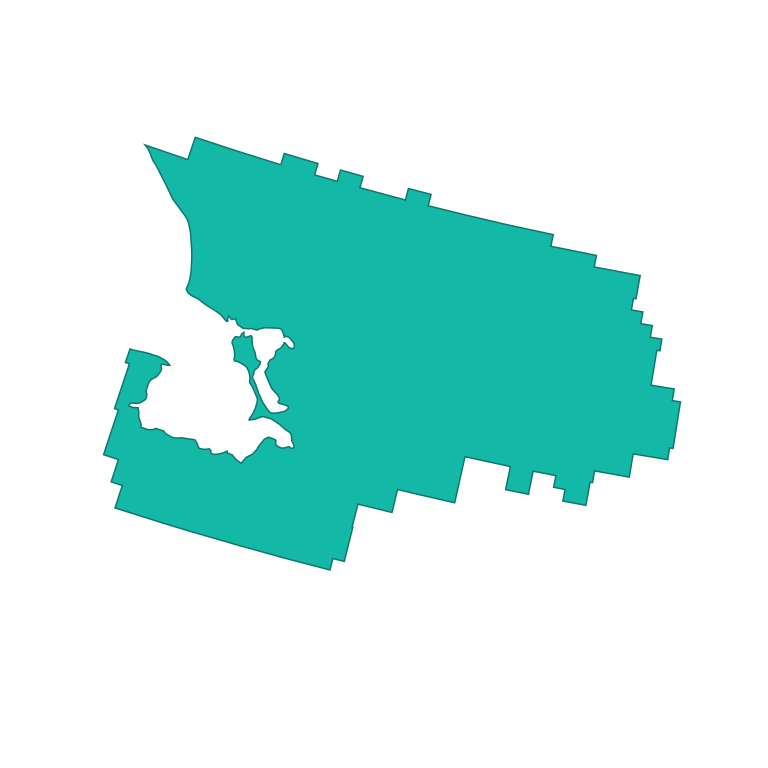 the district of Northwest Arctic, Alaska, United States of America, rotated 16°
{"feature_id": "52423323B69219161179389", "entity_name": "Northwest Arctic", "entity_type": "district", "adm_level": 2, "iso_a3": "USA", "parent_name": "United States of America", "parent_adm1": "Alaska", "projection": "albers", "projection_center": [-161.672, 66.866], "detail": "fine", "context": "isolated", "style": "filled", "palette": "teal", "viewbox_px": 768, "rotation_deg": 16, "n_neighbors": 0, "source": "geoboundaries", "source_scale": "gbopen_adm2", "svg_char_len": 4666}
<svg xmlns="http://www.w3.org/2000/svg" viewBox="0 0 768 768"><g transform="rotate(16 384 384)"><path d="M394.7,565.5L393.5,530.2L392.8,530.2L392.1,506.6L427.1,505.3L426.1,481.7L447.9,480.7L484.7,478.7L481.9,431.6L528.2,428.5L530.0,452.0L553.3,450.2L553.0,447.2L551.4,426.7L574.5,424.7L575.5,436.5L587.1,435.5L588.2,447.2L611.5,445.0L609.2,421.5L611.6,421.3L610.4,409.5L645.4,405.9L642.8,382.5L677.6,378.5L676.1,366.8L679.6,366.3L673.9,319.5L665.7,320.5L664.3,308.8L641.0,311.5L637.0,276.4L640.1,276.0L638.7,264.3L627.1,265.6L625.8,253.9L614.2,255.2L613.0,243.4L601.4,244.6L600.2,232.9L602.8,232.6L600.8,213.9L600.4,209.2L553.8,213.6L552.8,201.9L506.4,205.6L505.5,193.8L473.5,196.0L453.9,197.2L414.7,199.1L377.4,200.5L377.0,188.8L353.6,189.4L353.9,201.2L306.8,202.0L306.7,190.2L283.2,190.3L283.2,202.1L259.7,202.1L259.8,190.3L224.6,189.9L224.4,201.7L179.3,200.6L134.6,198.9L133.5,222.4L88.4,220.1L92.0,222.7L96.2,227.3L97.9,230.0L100.8,233.4L104.3,236.4L111.6,244.1L117.9,250.8L129.9,264.4L146.1,276.9L149.4,280.0L151.1,282.1L152.5,284.4L156.1,291.4L162.1,307.9L163.3,311.7L164.8,317.0L167.7,329.8L168.4,336.2L168.5,339.6L168.4,342.5L167.8,346.1L167.8,347.5L170.0,349.9L171.9,351.2L175.8,352.4L180.9,353.2L183.7,354.1L185.9,355.2L191.2,357.1L201.8,360.1L208.2,362.5L215.2,367.2L216.4,366.7L216.6,366.1L215.7,364.7L215.9,361.2L218.8,363.5L219.9,364.0L223.2,362.2L225.2,365.0L226.9,367.2L233.3,369.4L235.1,368.9L238.4,368.4L240.8,367.2L247.3,367.2L247.5,367.1L247.6,366.5L248.8,365.5L253.5,362.9L265.7,359.8L268.0,359.4L268.7,359.5L270.1,359.7L270.7,360.1L272.8,362.4L275.3,366.4L276.1,365.1L280.1,365.4L285.0,368.6L286.3,370.0L287.4,371.9L287.4,373.9L287.2,375.1L283.1,375.4L277.3,371.7L276.7,371.8L276.6,372.0L276.7,372.6L276.4,374.0L274.9,377.9L272.2,380.6L270.9,382.6L271.6,385.6L271.4,387.4L270.8,389.3L269.3,391.3L268.1,391.9L267.3,394.2L267.0,396.8L268.1,399.0L266.2,405.1L267.0,406.7L276.3,418.2L277.8,419.6L281.4,421.9L284.5,423.5L287.3,426.3L287.7,428.6L287.5,429.4L287.0,429.9L287.1,430.4L287.7,431.1L288.4,431.5L289.3,431.6L292.3,431.4L298.0,431.7L298.7,433.8L296.2,437.5L290.3,440.8L285.9,442.5L282.8,443.0L280.0,441.4L272.4,435.0L265.9,427.2L262.2,422.0L261.4,420.6L258.0,416.6L256.0,414.7L255.8,414.0L255.6,412.2L256.2,410.1L255.4,408.3L255.8,406.8L256.1,406.0L256.6,405.1L257.6,404.1L258.2,402.6L259.2,399.3L259.1,396.5L257.2,396.3L255.9,396.0L254.7,395.3L253.6,393.9L251.5,389.4L247.7,384.6L245.4,379.4L245.0,377.9L244.5,375.7L242.8,374.1L241.5,375.2L238.1,377.4L236.2,376.5L235.1,372.9L233.3,375.3L233.1,378.0L231.4,379.1L228.8,379.2L227.8,380.0L227.1,381.7L226.6,383.3L226.4,385.3L226.5,385.9L226.7,386.5L227.0,387.1L228.1,388.3L229.2,390.0L230.7,392.8L232.3,396.5L232.9,399.1L232.9,400.3L232.9,401.3L233.9,403.0L237.1,402.8L241.0,403.5L245.4,404.8L247.5,405.9L250.3,408.9L252.2,412.1L253.1,413.9L253.6,415.5L254.0,417.8L254.4,419.6L254.8,420.1L258.1,422.8L266.4,433.0L267.0,436.2L267.0,442.7L266.5,446.3L266.1,448.4L264.1,455.1L264.3,455.8L269.5,453.5L276.2,448.7L285.4,448.6L294.4,451.5L302.1,455.1L305.2,456.0L307.1,456.8L308.3,457.8L309.3,459.6L309.9,460.7L310.9,463.9L314.4,467.8L314.5,468.2L314.8,469.8L314.8,470.2L314.6,470.6L314.3,470.7L312.3,471.3L311.4,471.1L310.6,470.5L309.5,470.6L306.4,472.6L303.4,473.9L299.9,473.4L297.2,472.5L296.7,472.2L296.1,470.4L295.8,469.5L295.6,467.9L294.1,467.4L287.7,466.9L284.2,470.0L280.6,478.6L280.1,480.6L279.9,481.8L277.8,486.0L277.0,487.5L271.7,492.6L270.5,495.1L269.7,497.0L269.4,498.2L268.3,499.6L262.1,497.1L257.9,494.1L252.6,493.4L252.2,493.1L251.8,491.9L251.7,491.8L248.0,494.8L244.4,496.8L241.0,498.2L238.7,498.6L237.6,498.5L236.5,497.6L235.9,495.7L234.1,494.4L230.0,496.2L224.9,496.9L224.2,496.8L222.1,494.9L221.8,494.3L221.7,493.8L218.0,489.9L215.7,490.0L211.0,490.7L204.3,491.4L201.5,492.5L199.0,493.2L196.0,493.6L194.8,493.6L188.3,492.1L186.8,491.2L185.2,489.9L176.8,489.6L176.4,490.1L174.3,491.6L169.7,493.0L161.8,492.4L161.8,490.7L161.6,489.6L159.9,487.0L157.6,484.0L156.9,481.9L156.1,478.7L154.2,474.5L149.1,475.8L145.2,475.5L144.6,475.3L144.5,475.0L145.3,472.6L147.1,471.7L152.1,470.8L155.0,469.1L158.5,465.2L159.3,463.6L159.3,462.5L158.9,459.2L158.4,458.7L157.2,455.8L157.5,447.6L158.5,444.9L159.2,443.6L161.8,441.2L163.9,438.8L165.7,433.9L165.9,433.0L166.0,430.5L164.8,428.8L164.8,426.1L171.1,425.6L172.9,425.1L169.4,422.5L166.3,421.3L161.1,420.1L156.2,419.6L152.8,419.9L152.8,419.7L152.7,419.5L146.5,419.5L132.9,420.5L130.2,420.3L129.5,434.6L133.7,434.8L131.7,481.9L135.8,482.1L133.9,529.2L149.5,529.8L148.7,553.3L160.4,553.7L159.6,577.3L212.2,578.7L240.2,579.1L289.6,579.2L336.2,578.8L383.3,577.7L382.9,565.9L394.7,565.5Z" fill="#14b8a6" stroke="#0f766e" stroke-width="1.5"/></g></svg>